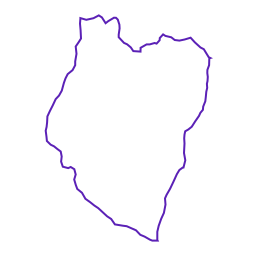 outline of Oghuz District, Oğuz, Azerbaijan
{"feature_id": "54616110B99657283459996", "entity_name": "Oghuz District", "entity_type": "district", "adm_level": 2, "iso_a3": "AZE", "parent_name": "Azerbaijan", "parent_adm1": "Oğuz", "projection": "albers", "projection_center": [47.537, 41.048], "detail": "fine", "context": "isolated", "style": "outline", "palette": "violet", "viewbox_px": 256, "rotation_deg": 0, "n_neighbors": 0, "source": "geoboundaries", "source_scale": "gbopen_adm2", "svg_char_len": 1678}
<svg xmlns="http://www.w3.org/2000/svg" viewBox="0 0 256 256"><path d="M210.3,58.0L208.7,57.2L203.8,49.2L200.5,47.5L194.8,42.3L190.6,37.7L184.6,39.5L179.4,40.6L174.7,40.0L171.3,37.3L165.4,35.9L163.1,34.4L159.8,38.0L159.6,40.3L156.6,43.6L154.6,43.0L149.7,44.4L146.6,44.4L140.6,47.8L140.5,51.6L133.3,51.1L130.8,47.4L127.1,44.3L124.0,42.9L118.7,37.2L118.7,34.6L119.6,28.4L119.4,24.7L117.8,19.6L116.0,17.8L114.0,17.7L108.3,21.1L105.6,23.2L101.9,17.4L98.8,15.4L93.5,18.2L86.3,19.8L80.4,18.1L80.4,18.4L80.4,18.5L80.0,23.6L80.6,30.3L81.0,38.5L78.8,42.0L75.7,46.5L76.5,53.8L75.2,61.4L75.2,65.2L72.6,70.1L67.7,74.1L65.5,78.4L64.0,82.6L63.9,82.9L61.8,90.6L59.0,95.6L55.7,99.1L52.8,105.3L50.1,110.6L49.2,112.5L47.4,116.4L47.1,122.4L46.6,126.9L45.7,130.7L46.5,136.9L46.9,141.0L50.7,144.7L54.0,146.3L57.2,148.9L60.7,151.5L61.7,156.5L61.1,161.6L62.8,166.7L68.2,168.1L70.7,167.0L74.3,169.2L75.7,174.5L74.2,179.5L75.8,185.0L77.3,189.0L82.0,192.8L85.4,198.8L90.3,202.3L94.3,205.5L98.2,208.1L103.2,212.7L107.1,216.3L111.2,219.0L114.9,224.4L122.8,225.7L126.7,226.2L136.0,230.3L140.3,234.8L144.6,236.6L150.0,239.7L152.3,240.6L157.6,240.6L157.3,240.0L157.3,231.8L158.7,225.8L161.2,218.8L163.9,212.9L165.5,204.6L165.0,198.4L166.6,194.8L169.9,189.1L170.3,188.3L173.3,182.0L175.0,178.3L176.9,174.1L179.4,170.0L182.8,167.5L183.5,167.5L185.3,160.3L184.0,153.0L184.5,143.5L184.2,138.3L184.5,134.6L185.2,131.3L188.3,129.5L191.7,126.8L193.9,123.4L195.3,121.2L197.6,117.9L199.0,115.9L200.4,112.8L202.9,109.8L203.2,106.6L205.3,101.3L205.8,97.0L206.3,91.7L207.2,87.8L206.9,83.8L207.5,81.1L207.8,76.9L207.3,73.1L207.4,69.9L209.1,65.2L209.3,58.3L210.3,58.0Z" fill="none" stroke="#5b21b6" stroke-width="2"/></svg>